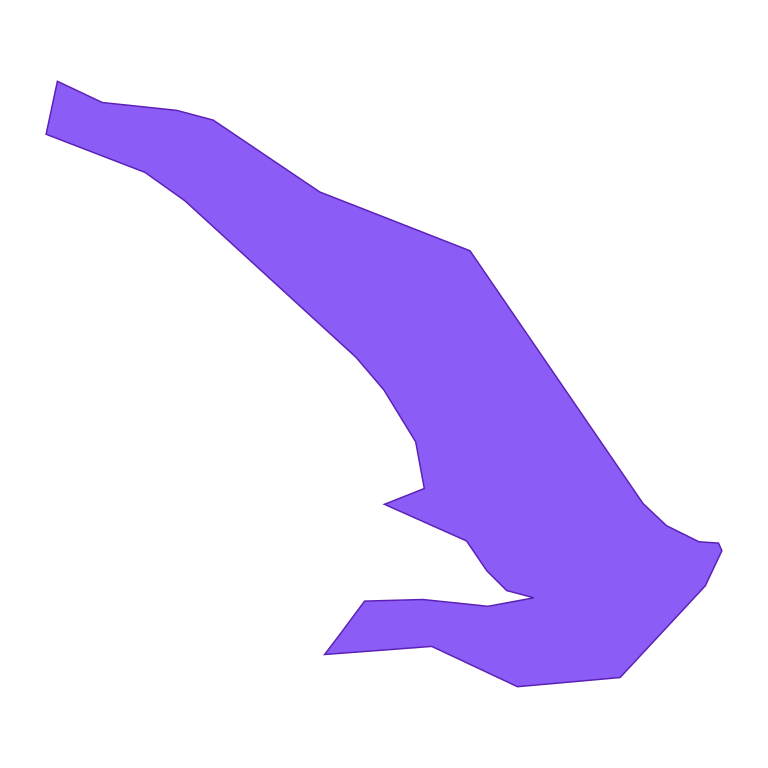 SVG path tracing the border of Trieste
{"feature_id": "ITA-5458", "entity_name": "Trieste", "entity_type": "Province", "adm_level": 1, "iso_a3": "ITA", "parent_name": "Italy", "parent_adm1": "", "projection": "robinson", "projection_center": [13.755, 45.694], "detail": "fine", "context": "isolated", "style": "filled", "palette": "violet", "viewbox_px": 768, "rotation_deg": 0, "n_neighbors": 0, "source": "natural_earth", "source_scale": "10m", "svg_char_len": 559}
<svg xmlns="http://www.w3.org/2000/svg" viewBox="0 0 768 768"><path d="M57.4,81.3L102.2,102.5L176.8,110.4L213.2,120.1L299.0,178.0L319.8,192.0L470.0,250.8L643.1,503.6L666.5,525.7L699.0,541.8L718.5,543.1L719.6,545.6L721.9,550.7L705.3,585.8L663.8,630.5L620.1,677.5L517.5,686.7L431.7,646.4L324.6,654.5L339.8,634.5L364.6,601.1L422.9,599.5L487.8,606.3L533.9,597.8L506.7,590.6L486.9,570.9L466.6,541.0L384.4,504.3L424.3,488.5L415.7,441.9L384.0,390.1L356.1,357.4L184.9,200.8L145.0,172.4L46.1,134.3L57.4,81.3Z" fill="#8b5cf6" stroke="#5b21b6" stroke-width="1.5"/></svg>